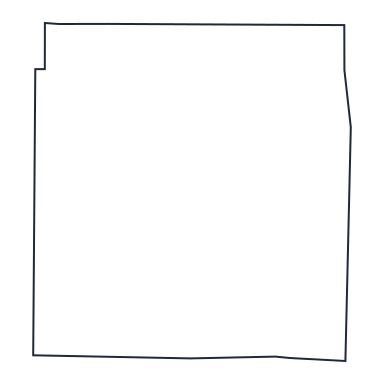 Madison, Missouri, United States of America
{"feature_id": "52423323B26230724482566", "entity_name": "Madison", "entity_type": "district", "adm_level": 2, "iso_a3": "USA", "parent_name": "United States of America", "parent_adm1": "Missouri", "projection": "equal_earth", "projection_center": [-90.333, 37.478], "detail": "fine", "context": "isolated", "style": "outline", "palette": "slate", "viewbox_px": 384, "rotation_deg": 0, "n_neighbors": 0, "source": "geoboundaries", "source_scale": "gbopen_adm2", "svg_char_len": 282}
<svg xmlns="http://www.w3.org/2000/svg" viewBox="0 0 384 384"><path d="M344.4,70.1L344.3,25.1L107.7,23.9L59.0,24.0L44.9,23.0L44.8,69.1L35.3,69.1L33.2,355.3L190.5,358.4L275.4,356.6L289.8,358.0L345.4,361.0L350.8,127.3L344.4,70.1Z" fill="none" stroke="#1e293b" stroke-width="2"/></svg>